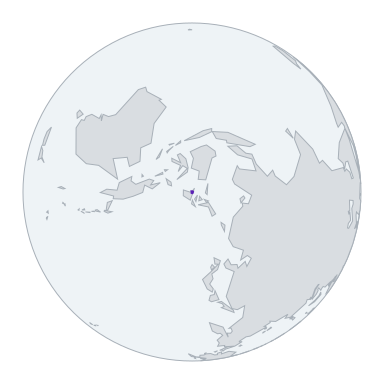 Zamboanga del Sur on an orthographic globe, rotated 146°
{"feature_id": "PHL-2522", "entity_name": "Zamboanga del Sur", "entity_type": "Province", "adm_level": 1, "iso_a3": "PHL", "parent_name": "Philippines", "parent_adm1": "", "projection": "orthographic", "projection_center": [123.35, 7.8], "detail": "fine", "context": "on_globe", "style": "filled", "palette": "violet", "viewbox_px": 384, "rotation_deg": 146, "n_neighbors": 0, "source": "natural_earth", "source_scale": "10m", "svg_char_len": 8601}
<svg xmlns="http://www.w3.org/2000/svg" viewBox="0 0 384 384"><g transform="rotate(146 192 192)"><circle cx="192" cy="192" r="169" fill="#eef3f6" stroke="#a8b0b8"/><path d="M327.6,250.4L327.5,251.6L327.3,251.8L327.6,250.4ZM279.3,47.3L279.1,47.2L274.2,45.8L278.3,49.3L273.0,46.0L284.5,55.9L285.5,60.0L280.9,53.1L277.8,50.8L276.7,52.2L273.3,50.2L270.8,49.9L266.8,47.6L264.4,44.3L261.8,42.9L261.2,44.1L256.8,42.9L258.1,41.3L250.5,39.3L245.2,34.7L251.9,34.4L245.5,31.8L245.2,31.6L256.9,36.0L268.3,41.3L279.3,47.3ZM349.9,141.1L348.5,137.5L349.6,139.2L349.9,141.1ZM347.3,135.7L347.9,136.8L347.4,136.0L347.3,135.7ZM346.8,135.3L347.2,135.6L346.9,135.7L346.8,135.3ZM346.3,135.4L346.5,135.2L346.5,135.4L346.3,135.4ZM344.9,134.3L344.5,134.0L344.6,133.4L344.9,134.3ZM282.0,52.6L282.1,51.9L283.2,53.3L282.0,52.6ZM271.2,50.3L272.2,51.3L270.5,50.8L271.2,50.3ZM262.7,46.9L259.6,46.1L262.4,46.3L262.7,46.9ZM257.5,45.3L250.0,43.9L251.7,45.6L242.7,40.3L252.1,43.0L255.2,42.8L255.2,43.9L257.5,45.3ZM238.9,37.8L236.7,37.2L238.5,37.3L238.9,37.8ZM242.6,30.8L241.2,30.4L235.8,28.9L234.5,28.6L233.6,28.2L242.6,30.8ZM228.8,27.1L229.7,27.3L225.8,26.5L225.7,26.4L228.8,27.1ZM223.2,26.0L229.3,27.3L229.1,27.3L223.2,26.0ZM220.1,25.4L222.3,25.8L222.1,25.8L220.1,25.4ZM217.4,25.0L217.5,25.0L216.5,24.8L215.6,24.7L215.8,24.7L217.4,25.0ZM219.5,25.3L220.1,25.4L218.7,25.2L219.5,25.3ZM210.7,24.1L207.0,23.7L210.7,24.1ZM47.6,104.3L47.4,104.6L47.1,106.0L56.6,93.0L57.1,90.2L58.1,89.0L62.9,83.0L66.5,80.0L66.8,83.5L69.0,81.0L73.2,74.1L77.9,70.6L75.3,71.5L72.9,74.2L71.2,75.1L73.2,72.7L74.8,71.4L76.0,69.7L68.2,77.1L65.0,80.7L75.9,69.3L87.8,59.0L100.6,49.9L102.9,48.4L101.2,49.6L106.8,46.2L107.8,46.1L111.2,43.7L117.4,40.5L121.6,38.8L124.2,37.5L117.5,40.3L131.3,34.3L135.5,32.9L137.7,32.9L127.8,38.6L123.5,39.9L125.0,38.3L117.7,42.4L121.1,40.8L119.7,42.0L125.3,39.9L124.6,40.7L131.2,37.6L131.0,38.4L126.8,40.3L134.9,38.8L136.1,40.3L138.3,39.6L140.2,38.5L140.5,41.6L142.1,41.0L142.6,39.7L146.1,37.8L152.4,35.9L152.2,37.0L149.8,37.9L144.6,41.8L138.5,44.4L139.0,44.7L144.3,42.8L150.7,38.0L154.5,36.5L152.1,38.6L153.3,37.7L155.1,37.4L156.7,38.4L159.7,36.1L180.3,33.1L185.4,35.2L180.9,37.0L195.0,37.9L199.7,41.4L200.2,40.0L207.3,40.2L205.9,39.1L206.7,38.5L224.3,40.0L228.2,41.7L236.3,41.8L236.6,41.3L234.1,39.9L242.7,40.3L251.7,45.6L250.7,46.5L257.0,49.8L253.8,51.6L254.0,55.1L246.7,56.0L247.6,59.1L250.0,60.1L252.9,65.4L250.6,73.9L241.8,62.6L243.2,51.4L241.7,55.3L238.9,53.3L236.4,54.1L235.7,57.3L237.5,58.3L220.1,59.6L211.9,68.3L220.2,69.1L224.0,73.0L222.0,86.3L201.5,102.5L206.4,110.0L205.8,114.5L199.6,116.3L200.3,109.8L195.2,106.7L196.5,103.1L186.7,104.7L188.2,99.6L179.9,103.9L181.6,108.4L189.7,108.4L181.9,115.0L188.4,123.6L187.7,133.0L171.8,148.1L157.8,151.8L156.6,154.8L151.8,150.7L144.3,156.0L152.2,174.8L151.5,179.9L139.8,188.5L139.8,184.6L127.1,173.7L123.8,185.8L133.4,197.3L136.7,209.9L128.9,205.2L125.7,194.1L121.2,189.9L123.1,179.2L120.7,162.9L112.9,165.0L114.1,158.7L109.6,145.2L98.8,147.8L81.1,162.3L77.6,178.3L72.0,184.6L67.9,160.1L70.2,144.6L66.1,145.3L64.1,131.4L53.0,127.7L53.7,123.7L51.2,124.8L50.1,120.1L52.1,113.6L50.4,113.4L45.6,130.5L47.7,131.0L52.7,125.6L50.7,131.6L52.1,137.9L42.3,150.6L29.7,159.3L32.4,147.2L42.9,113.7L44.8,110.5L45.0,110.1L45.4,109.4L42.3,114.5L45.5,108.4L35.6,130.6L32.3,140.1L29.5,160.0L28.8,161.6L29.0,166.1L34.6,164.0L33.8,167.9L28.8,185.4L24.5,208.0L27.3,226.1L30.8,241.0L32.4,247.3L28.7,235.5L26.0,223.4L24.1,211.2L23.2,198.8L23.1,186.5L24.0,174.1L25.8,161.9L28.4,149.8L31.9,137.9L36.3,126.3L41.6,115.1L47.6,104.3ZM63.2,94.9L66.0,97.2L71.6,88.3L73.2,88.6L74.5,85.6L72.0,87.6L76.3,79.9L80.0,78.5L83.2,75.2L82.4,74.3L75.0,78.2L68.7,89.0L65.1,91.9L63.2,94.9ZM174.3,24.0L173.8,24.0L173.7,24.0L174.3,24.0ZM187.4,23.1L188.3,23.1L185.1,23.3L179.5,23.6L182.4,23.3L174.1,24.1L174.8,23.9L187.4,23.1ZM204.7,23.5L205.6,23.6L197.5,23.2L194.0,23.1L195.5,23.1L204.7,23.5ZM155.0,27.6L157.2,27.0L158.0,26.9L164.0,25.7L164.0,26.0L160.3,26.8L155.0,27.6ZM54.8,94.8L52.9,96.9L53.8,95.4L54.3,94.9L54.8,94.8ZM155.9,27.7L158.4,27.1L156.9,27.6L155.9,27.7ZM164.3,26.2L163.0,26.7L164.7,25.9L164.3,26.2ZM101.2,326.4L104.7,328.6L103.1,328.4L101.2,326.4ZM36.2,242.5L43.2,267.5L41.5,266.6L37.7,258.5L32.8,243.0L33.6,239.7L33.0,233.0L36.2,242.5ZM179.3,242.3L184.5,243.5L184.4,244.3L179.3,242.3ZM173.8,239.2L179.7,239.9L172.8,240.8L173.8,239.2ZM182.0,240.3L188.1,239.3L190.7,238.3L190.3,239.8L182.0,240.3ZM169.8,238.9L148.5,236.6L140.2,233.6L142.0,231.0L155.4,233.1L169.8,238.9ZM141.4,230.8L128.9,221.4L112.9,196.2L118.6,197.2L135.6,213.3L134.5,215.6L142.0,222.8L141.4,230.8ZM172.0,219.1L170.9,226.4L159.0,224.6L153.7,222.9L150.0,213.0L152.0,208.4L156.4,209.0L173.8,194.4L179.8,199.0L174.3,205.3L179.2,212.2L172.0,219.1ZM78.0,179.9L80.3,190.1L77.4,191.3L78.0,179.9ZM181.4,183.8L174.0,190.2L180.9,181.4L181.4,183.8ZM185.8,175.4L186.0,179.0L183.3,175.3L185.8,175.4ZM156.0,159.6L151.4,159.9L151.5,157.4L157.5,155.6L156.0,159.6ZM187.1,141.2L186.1,148.3L184.9,150.6L183.2,146.1L187.1,141.2ZM159.0,32.5L150.6,33.5L144.6,35.1L141.1,37.1L142.4,35.0L151.7,32.5L159.0,32.5ZM177.7,32.7L180.7,31.4L181.8,32.1L181.3,32.5L177.7,32.7ZM177.8,31.8L176.9,30.2L180.2,29.6L180.2,31.0L177.8,31.8ZM166.1,28.0L163.6,28.1L164.9,27.6L166.1,28.0ZM287.9,313.1L289.8,314.3L285.0,318.7L278.4,323.1L272.2,324.4L287.9,313.1ZM239.3,322.7L238.7,317.4L245.9,317.3L243.2,321.8L239.3,322.7ZM292.5,309.8L296.8,305.0L298.2,298.9L298.0,304.5L301.7,304.7L291.3,313.9L292.5,309.8ZM212.0,298.8L179.2,306.9L171.8,304.8L173.2,300.4L165.6,286.0L168.0,286.5L165.9,276.9L185.1,270.0L198.7,255.4L209.8,257.3L218.0,246.5L229.6,248.2L226.3,257.0L238.7,263.8L246.5,244.3L254.5,266.3L263.8,274.6L267.0,288.3L252.2,310.0L243.2,313.8L241.3,311.6L237.6,313.7L231.6,312.4L227.8,304.8L224.2,306.8L227.4,301.6L222.3,306.1L219.0,301.2L212.0,298.8ZM295.4,265.9L297.2,266.6L300.2,270.5L297.3,269.6L295.4,265.9ZM323.0,254.8L323.8,256.6L321.9,257.0L323.0,254.8ZM327.3,251.8L325.0,252.5L327.6,250.4L327.3,251.8ZM304.6,253.7L305.6,255.1L304.8,255.6L304.6,253.7ZM303.9,253.2L304.9,251.1L304.8,253.3L303.9,253.2ZM295.0,241.1L296.0,240.0L296.5,240.9L295.0,241.1ZM192.3,244.3L199.6,239.2L203.6,239.1L192.3,244.3ZM293.3,238.6L290.6,238.3L290.9,237.1L293.3,238.6ZM293.5,235.9L293.1,234.3L294.9,238.2L293.5,235.9ZM288.1,232.0L291.5,235.1L287.8,232.3L288.1,232.0ZM286.2,232.2L283.7,230.8L283.9,230.3L286.2,232.2ZM259.2,232.5L268.3,242.8L261.1,242.0L253.1,235.4L247.0,240.5L233.2,238.5L236.3,235.3L234.3,229.8L220.2,226.6L217.3,222.9L222.3,221.0L213.1,217.5L223.2,216.8L227.4,224.2L233.1,219.2L243.2,221.4L253.1,224.6L261.1,230.5L259.2,232.5ZM223.4,232.3L225.1,232.5L223.6,234.5L223.4,232.3ZM279.1,226.5L282.6,230.2L282.2,231.1L280.5,230.4L279.1,226.5ZM263.0,229.4L271.6,224.3L273.7,224.6L268.0,230.7L263.0,229.4ZM269.4,220.4L273.5,221.5L275.7,225.0L274.9,225.8L269.4,220.4ZM202.7,224.0L202.4,225.9L199.8,224.1L202.7,224.0ZM206.1,223.1L214.0,225.9L205.4,224.7L206.1,223.1ZM182.7,214.2L184.9,219.0L192.0,216.7L186.6,220.5L191.5,228.5L189.9,231.3L185.0,222.6L183.4,230.9L180.3,230.5L178.5,223.0L181.6,214.4L184.7,211.1L197.6,210.8L182.7,214.2ZM206.0,217.5L203.9,211.9L205.5,208.5L207.7,211.5L206.0,217.5ZM198.0,198.5L192.8,191.9L187.8,193.8L198.0,186.2L201.3,193.8L198.0,198.5ZM193.8,184.7L189.2,186.4L194.1,181.9L193.8,184.7ZM188.1,184.2L187.8,179.9L191.3,180.9L188.1,184.2ZM196.2,185.1L197.4,178.0L199.0,182.4L196.2,185.1ZM186.7,170.4L194.1,178.0L184.2,174.1L184.6,160.6L188.9,160.7L186.7,170.4ZM215.9,120.6L215.3,117.0L219.4,116.6L218.6,119.2L215.9,120.6ZM232.2,113.6L220.3,115.4L210.6,117.5L213.3,119.4L210.5,125.2L206.9,119.2L214.2,113.4L221.4,113.0L223.1,108.3L228.8,105.8L228.5,99.8L231.2,97.7L233.6,103.1L232.2,113.6ZM228.1,97.4L229.8,87.7L237.2,90.1L238.5,92.7L234.6,96.0L230.9,94.5L228.1,97.4ZM232.3,86.2L228.8,84.8L223.8,70.8L224.5,68.6L232.3,79.7L229.4,79.1L229.3,82.4L232.3,86.2ZM237.0,37.9L236.7,37.2L238.3,38.0L237.0,37.9ZM205.7,37.9L207.1,37.2L208.9,38.0L205.7,37.9ZM211.7,36.0L208.7,35.6L212.0,35.5L211.7,36.0ZM202.0,35.0L207.6,35.2L202.1,35.8L202.0,35.0Z" fill="#d9dde1" stroke="#a8b0b8" stroke-width="1"/><path d="M193.0,191.4L192.9,191.5L193.0,191.5L192.9,191.8L192.7,191.9L192.4,191.9L192.3,192.0L192.4,192.3L192.3,192.5L192.2,192.5L192.1,192.8L192.2,193.0L192.3,193.0L192.3,193.3L192.2,193.3L192.1,193.2L191.9,193.0L191.8,192.9L191.7,192.8L191.4,192.8L191.3,192.7L191.5,192.6L191.4,192.4L191.4,192.2L191.3,192.3L191.2,192.0L191.1,191.9L190.9,191.9L190.7,191.8L190.7,191.7L190.8,191.7L191.0,191.6L191.2,191.4L191.3,191.4L191.5,191.4L191.5,190.8L191.5,190.7L192.6,190.7L192.6,191.0L192.6,191.3L192.8,191.3L193.0,191.4Z" fill="#8b5cf6" stroke="#5b21b6" stroke-width="1.5"/></g></svg>